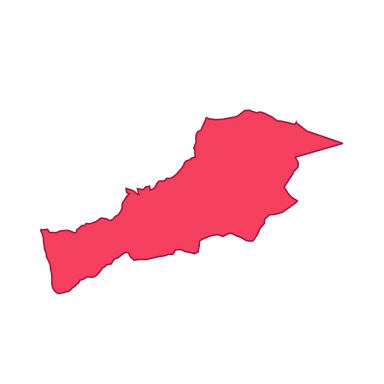 Monagroulli, Limassol, Cyprus, rotated 77°
{"feature_id": "46923920B37964983611309", "entity_name": "Monagroulli", "entity_type": "district", "adm_level": 2, "iso_a3": "CYP", "parent_name": "Cyprus", "parent_adm1": "Limassol", "projection": "albers", "projection_center": [33.218, 34.746], "detail": "fine", "context": "isolated", "style": "filled", "palette": "rose", "viewbox_px": 384, "rotation_deg": 77, "n_neighbors": 0, "source": "geoboundaries", "source_scale": "gbopen_adm2", "svg_char_len": 2739}
<svg xmlns="http://www.w3.org/2000/svg" viewBox="0 0 384 384"><g transform="rotate(77 192 192)"><path d="M178.2,34.7L158.6,66.2L148.3,74.7L147.4,74.7L149.3,76.5L147.3,80.4L144.8,85.4L143.0,89.3L142.3,91.2L142.0,92.9L137.1,97.0L132.0,103.1L129.4,107.3L129.3,111.2L127.4,114.5L125.2,117.8L124.5,122.3L126.5,126.5L128.6,131.6L128.3,138.1L128.1,145.2L126.9,152.5L124.8,158.3L122.8,161.3L128.0,165.0L131.7,168.0L133.9,169.4L134.4,172.5L136.7,174.9L140.6,176.2L144.1,176.7L149.7,180.5L151.9,179.7L155.0,180.5L158.6,181.0L158.7,184.5L160.1,186.9L160.4,190.5L162.0,193.1L163.9,193.9L166.4,196.6L168.8,199.9L169.4,201.0L171.0,202.7L172.8,206.5L174.0,210.1L173.4,211.6L173.0,213.9L175.0,216.2L174.6,218.2L174.0,221.8L175.6,224.1L179.1,227.0L180.1,228.9L180.4,230.0L180.6,232.3L176.7,232.0L176.7,235.8L178.7,239.2L176.5,244.4L182.5,244.4L181.8,245.7L179.0,247.7L176.8,249.9L173.7,255.5L177.9,255.8L179.6,253.5L181.5,256.6L184.8,259.8L187.2,262.4L190.3,263.4L192.7,264.2L194.9,266.0L197.7,269.0L198.5,272.3L201.0,275.4L201.2,278.9L199.3,280.9L198.1,283.1L196.9,286.6L199.2,291.9L199.4,293.7L199.8,295.8L199.9,298.6L199.6,300.0L198.9,302.3L200.6,304.1L199.8,306.8L201.4,309.4L202.4,311.5L203.2,313.0L204.9,313.5L205.6,315.2L204.7,316.5L202.8,319.4L201.7,321.0L201.1,323.2L200.7,325.3L200.5,327.8L200.4,330.4L201.1,332.5L200.8,334.4L199.9,337.5L199.7,339.6L197.7,340.7L196.7,340.8L195.7,341.6L195.7,342.6L195.5,344.1L195.5,345.0L194.6,347.5L195.7,348.0L200.2,347.2L203.9,347.2L208.1,348.1L210.2,347.9L214.7,348.6L219.0,347.8L222.4,348.4L225.6,347.6L231.4,346.4L233.8,347.1L239.1,347.1L243.0,347.7L245.8,348.3L249.7,349.1L252.9,349.4L257.0,348.4L259.2,346.9L260.6,345.6L260.8,345.4L261.1,343.7L261.1,341.5L261.2,338.9L260.9,336.5L261.2,334.7L260.0,332.1L258.1,329.5L257.7,327.6L256.1,325.2L255.1,323.0L252.8,321.1L252.4,316.8L251.1,313.4L252.8,307.3L251.7,303.8L250.3,301.4L245.9,296.2L245.0,293.3L243.7,291.5L243.8,289.7L243.9,286.8L241.3,284.4L239.8,282.1L239.4,278.7L237.6,274.8L235.9,271.0L236.9,267.7L241.7,266.4L245.4,263.8L246.1,256.9L247.4,252.8L247.5,250.3L247.5,245.7L247.5,242.2L247.5,238.6L248.0,232.7L247.3,228.4L248.5,224.9L246.6,222.7L244.7,221.4L245.5,216.1L246.9,213.9L248.3,212.5L251.4,205.5L252.7,203.9L251.8,199.6L249.1,198.4L245.5,196.9L241.4,195.6L240.3,192.4L239.0,184.5L239.0,178.7L239.6,175.7L242.2,172.0L240.7,165.3L241.2,162.5L242.8,160.8L244.6,158.7L246.2,156.1L247.4,154.5L251.6,149.9L253.0,146.1L253.4,143.5L250.7,140.5L247.4,137.2L242.5,133.7L239.0,128.6L234.8,127.2L231.6,121.6L232.5,116.8L232.1,108.6L228.9,100.5L225.6,93.0L224.3,91.3L224.1,91.5L219.2,96.4L214.7,98.8L207.8,101.0L197.4,90.1L195.5,88.8L191.5,83.1L187.8,81.8L181.3,83.5L178.6,34.6L178.2,34.7Z" fill="#f43f5e" stroke="#9f1239" stroke-width="1.5"/></g></svg>